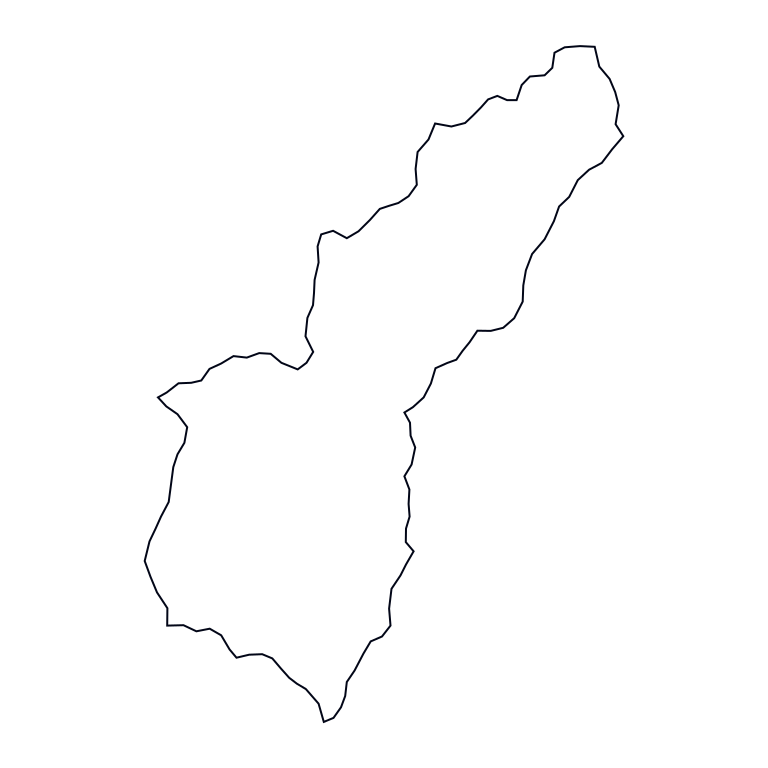 Vieiras, Minas Gerais, Brazil
{"feature_id": "56859067B62398779566024", "entity_name": "Vieiras", "entity_type": "district", "adm_level": 2, "iso_a3": "BRA", "parent_name": "Brazil", "parent_adm1": "Minas Gerais", "projection": "natural_earth1", "projection_center": [-42.278, -20.911], "detail": "fine", "context": "isolated", "style": "outline", "palette": "ink", "viewbox_px": 768, "rotation_deg": 0, "n_neighbors": 0, "source": "geoboundaries", "source_scale": "gbopen_adm2", "svg_char_len": 1782}
<svg xmlns="http://www.w3.org/2000/svg" viewBox="0 0 768 768"><path d="M601.8,162.9L612.2,149.2L623.3,136.2L615.6,124.2L618.7,105.3L615.2,92.1L609.6,78.9L599.3,66.6L594.7,46.8L580.0,46.1L564.7,47.3L554.5,52.7L552.3,67.8L544.6,75.3L529.9,76.5L521.7,85.0L516.6,100.1L507.0,100.1L497.3,95.9L488.1,99.4L481.0,107.4L472.8,115.7L465.1,123.0L451.4,126.5L435.1,123.5L428.5,139.5L417.6,152.0L415.6,169.0L416.8,184.8L408.6,196.2L398.3,203.0L389.1,205.8L379.8,208.9L369.9,220.0L358.5,231.3L346.8,238.2L333.1,230.8L321.2,234.4L317.6,246.4L318.6,262.5L314.6,279.9L314.0,293.1L313.0,305.2L307.4,317.9L305.5,336.3L313.2,351.9L306.5,362.8L297.7,369.4L281.4,362.8L270.7,353.8L259.2,353.1L246.8,357.6L233.5,356.1L221.2,363.5L209.5,368.9L201.3,380.5L191.2,382.8L178.5,383.3L166.7,392.5L158.0,397.4L166.3,406.4L177.5,414.2L187.2,427.2L184.4,442.8L177.5,454.3L173.3,467.1L171.3,482.2L168.7,502.0L161.0,516.6L155.6,528.6L149.5,541.4L144.7,561.0L150.5,576.8L157.0,592.4L167.4,608.2L167.2,625.6L183.5,625.2L196.4,631.3L209.7,628.7L221.2,635.3L229.6,649.5L236.5,657.7L249.2,654.7L262.2,654.2L272.3,658.4L281.0,668.6L289.2,677.8L296.9,683.7L305.9,689.1L318.6,703.7L323.8,721.9L333.5,717.9L341.0,707.3L345.2,696.0L346.8,682.0L354.6,670.5L363.5,653.5L370.7,641.4L382.0,636.5L390.5,625.6L389.1,608.6L391.5,588.8L400.5,575.4L406.0,564.5L413.6,551.3L405.8,542.1L406.0,528.6L409.6,516.6L408.6,503.9L409.4,489.5L404.4,476.3L411.6,464.5L415.2,447.5L410.6,435.7L410.0,422.7L404.4,412.5L413.0,407.1L423.7,397.4L430.9,383.5L435.5,368.2L447.2,363.0L456.3,359.7L462.7,350.7L469.6,342.2L477.4,330.7L490.7,330.9L503.2,327.8L514.2,318.2L522.7,301.6L523.3,285.4L525.9,270.3L532.1,254.0L544.6,239.3L553.9,221.2L559.1,206.5L569.2,196.9L577.8,180.1L589.1,169.7L601.8,162.9Z" fill="none" stroke="#020617" stroke-width="2"/></svg>